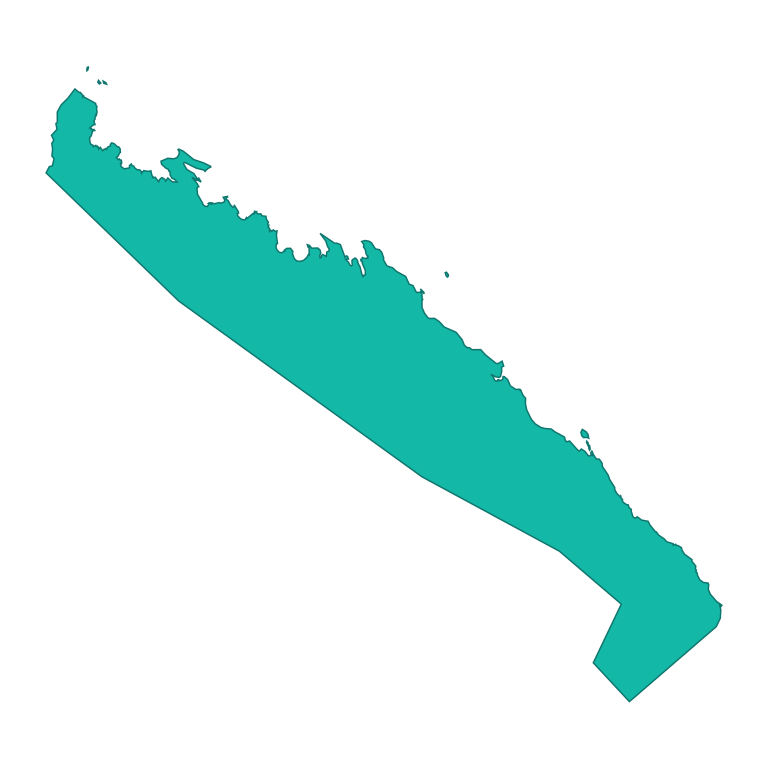 outline of Marigne-Kokota, Isabel, Solomon Islands
{"feature_id": "97153195B92946274587204", "entity_name": "Marigne-Kokota", "entity_type": "district", "adm_level": 2, "iso_a3": "SLB", "parent_name": "Solomon Islands", "parent_adm1": "Isabel", "projection": "equal_earth", "projection_center": [159.347, -8.097], "detail": "fine", "context": "isolated", "style": "filled", "palette": "teal", "viewbox_px": 768, "rotation_deg": 0, "n_neighbors": 0, "source": "geoboundaries", "source_scale": "gbopen_adm2", "svg_char_len": 6050}
<svg xmlns="http://www.w3.org/2000/svg" viewBox="0 0 768 768"><path d="M629.4,701.6L716.3,626.6L720.3,618.2L720.8,609.9L719.7,605.1L721.1,606.4L721.9,605.2L716.5,601.4L710.4,594.3L708.3,589.5L708.7,584.4L708.1,583.1L703.2,582.4L699.8,579.8L697.5,575.3L697.2,573.1L695.7,571.2L696.4,570.4L695.4,568.7L695.8,566.1L691.9,561.3L692.0,559.7L684.5,554.2L682.0,550.1L681.4,547.6L677.8,545.5L676.2,545.5L675.7,544.3L673.2,545.1L673.1,543.7L666.8,541.8L664.3,539.0L658.5,535.0L656.5,532.0L655.5,531.9L649.9,524.9L648.1,521.3L641.6,520.1L637.3,516.8L635.4,518.2L633.1,517.1L631.2,511.2L631.3,509.4L629.0,507.5L628.2,504.8L626.8,504.8L623.3,502.4L622.5,501.2L622.5,499.3L621.3,498.4L620.8,496.5L620.5,497.4L620.5,496.2L619.2,495.9L616.6,493.2L614.7,489.4L614.7,487.5L609.6,479.4L608.1,475.0L602.4,466.5L602.1,463.2L599.3,459.2L596.2,458.9L593.4,454.5L592.6,455.3L592.8,452.8L591.9,451.1L590.7,453.0L591.3,455.1L589.3,456.1L588.0,455.4L585.0,451.4L581.4,449.0L579.3,451.1L577.9,450.3L569.6,441.0L566.7,441.8L565.2,440.3L564.6,437.1L554.5,431.6L551.5,429.1L544.2,428.4L540.6,427.3L535.1,423.8L531.3,419.3L526.7,409.9L525.4,403.6L525.6,398.3L523.0,395.3L520.8,390.3L520.3,391.3L520.3,389.9L519.2,389.2L515.9,389.5L510.4,385.9L507.6,379.5L504.2,376.6L503.1,376.5L502.7,379.2L501.8,380.1L498.8,380.8L498.9,379.8L498.1,379.6L496.5,381.4L494.6,380.3L493.3,376.7L490.8,374.4L495.9,376.8L499.0,377.4L500.4,376.7L501.7,371.6L501.6,367.2L503.7,366.1L502.1,361.1L498.6,363.4L496.2,363.5L485.4,354.8L480.7,349.6L471.9,349.7L469.8,347.9L466.7,347.4L464.3,345.1L462.1,339.7L456.1,332.3L444.3,327.1L439.1,321.5L434.6,318.4L429.6,318.5L427.8,317.7L424.5,313.2L422.0,307.5L422.0,300.4L422.7,299.5L422.2,298.9L421.8,291.6L422.5,291.3L424.2,293.9L423.8,292.3L420.4,288.9L421.4,291.0L420.6,291.7L420.8,292.3L416.4,292.4L413.0,285.6L409.2,284.2L405.6,276.4L396.6,271.5L392.6,267.8L386.9,265.9L383.5,259.9L383.7,257.9L381.7,252.2L379.5,249.7L375.4,248.9L371.5,242.8L369.2,241.3L365.0,240.5L361.7,241.5L363.8,244.5L363.5,247.0L365.2,249.4L366.1,253.8L367.2,255.9L368.1,256.2L367.5,257.2L367.8,258.3L364.5,258.4L362.4,257.5L361.9,259.4L360.8,259.4L361.1,261.1L362.5,261.9L362.3,263.4L365.3,270.3L365.4,274.9L363.9,275.2L363.1,276.6L361.9,274.3L359.9,266.5L358.4,264.1L357.4,260.4L355.8,258.3L354.8,258.1L352.4,259.8L351.9,260.8L352.3,265.1L351.2,266.0L350.1,265.3L348.5,262.3L345.6,259.2L348.4,259.0L347.5,256.3L346.3,255.9L344.9,257.0L340.4,244.6L337.0,243.2L334.5,243.2L320.1,233.4L325.9,241.2L327.5,246.4L329.3,249.3L328.8,251.0L326.8,252.1L326.3,256.4L322.7,254.5L321.7,255.5L321.2,257.6L320.0,257.8L319.7,255.8L320.8,252.8L319.9,249.8L317.7,248.0L311.7,248.2L309.6,245.5L307.3,244.7L308.0,247.1L309.0,247.3L309.3,254.7L308.7,254.1L306.8,257.4L303.7,260.3L300.6,261.3L296.9,261.1L294.3,258.6L292.4,253.5L292.9,251.5L290.5,248.3L286.7,248.4L284.2,250.3L284.9,251.0L281.5,252.8L279.1,252.2L276.8,249.6L276.0,247.2L276.3,244.1L277.5,243.6L276.4,235.3L277.0,230.9L275.4,231.5L273.3,229.9L271.6,231.3L270.6,230.2L269.6,231.3L269.5,228.3L268.1,227.2L268.9,225.2L267.9,225.0L267.6,223.8L268.4,222.3L266.3,219.1L266.0,216.3L262.2,215.9L260.8,213.8L257.7,214.0L256.7,212.9L256.7,211.7L255.3,212.6L255.2,211.4L254.5,211.3L253.8,214.1L252.9,213.6L247.2,218.3L246.5,217.5L245.1,219.7L243.1,219.8L240.5,218.7L237.9,216.1L237.2,213.7L238.2,212.9L238.6,213.8L238.3,211.6L234.1,204.9L234.4,206.8L233.0,207.4L230.4,204.8L228.1,200.5L226.1,199.3L226.1,197.7L227.5,197.2L227.5,196.4L223.2,197.3L224.8,200.0L224.2,202.0L220.5,203.3L219.5,202.6L214.5,203.7L211.8,203.0L211.8,204.3L211.0,203.9L211.5,202.9L209.1,202.8L208.5,203.3L210.3,203.6L209.2,203.7L207.4,206.5L205.0,206.3L202.5,204.1L202.7,203.3L197.5,194.3L197.0,188.7L197.3,187.3L198.8,186.7L196.7,183.0L191.9,177.4L195.9,179.4L196.9,178.2L193.8,173.5L187.0,169.6L183.6,164.0L183.8,162.8L185.0,162.5L196.1,168.1L204.1,170.1L205.0,171.4L207.7,168.6L210.8,167.0L210.6,166.3L203.6,162.9L193.8,159.6L183.4,151.3L178.7,149.1L178.0,149.6L179.3,151.8L178.8,155.0L176.8,157.7L173.8,158.8L167.8,158.3L161.0,161.2L161.5,164.1L165.9,168.2L168.3,169.3L168.9,171.1L169.9,171.5L170.2,175.0L171.9,178.2L174.7,179.4L177.0,182.1L172.3,181.9L167.8,178.0L165.7,181.1L164.6,179.1L161.8,177.6L159.6,179.5L158.6,181.7L155.2,177.2L154.0,177.7L153.2,177.0L152.5,178.2L152.7,176.4L151.9,175.4L150.9,170.8L148.3,171.4L143.8,170.6L141.6,173.2L141.5,171.7L139.6,169.8L137.2,169.8L134.4,167.6L133.9,166.2L132.2,165.7L131.3,164.0L129.5,165.5L129.5,167.9L124.3,168.8L121.1,166.6L120.7,164.2L121.3,163.8L120.6,163.4L121.7,162.4L121.3,160.2L120.6,160.4L119.4,159.0L118.5,159.6L116.3,157.5L118.3,155.9L119.3,153.3L120.4,152.4L120.1,148.8L118.6,146.8L117.5,146.8L113.9,143.5L111.6,142.9L110.4,144.3L110.3,146.0L107.8,147.0L106.9,148.7L105.9,148.5L105.8,149.5L104.3,149.1L102.7,150.7L100.2,147.3L98.6,149.1L98.2,147.0L97.3,146.1L96.4,146.6L95.8,145.4L93.4,146.7L93.2,145.4L90.8,144.3L89.9,141.7L89.6,137.7L91.2,135.9L92.7,130.8L94.7,130.5L93.9,129.5L91.2,129.6L91.4,128.6L89.7,128.0L93.8,124.6L95.0,124.6L93.9,121.0L95.1,119.0L95.0,117.0L96.2,115.7L95.7,114.5L96.5,114.6L97.0,112.0L96.5,107.8L97.0,106.7L95.7,104.6L95.6,103.4L83.6,96.8L83.8,95.4L82.9,96.6L83.0,95.6L80.3,92.4L79.1,92.4L74.9,89.0L67.9,98.2L61.3,104.7L57.3,112.0L57.3,122.3L55.9,123.6L57.0,129.3L51.5,135.3L53.8,140.1L51.8,143.4L52.6,149.2L51.9,156.0L54.1,158.7L52.2,166.1L49.4,166.5L46.1,172.9L178.8,301.1L422.1,476.9L559.4,551.2L621.3,604.1L593.3,662.8L629.4,701.6ZM588.7,438.2L588.0,434.4L586.1,431.8L582.3,429.4L580.9,432.4L581.9,435.9L583.6,437.6L587.0,437.4L588.7,438.2ZM448.4,274.8L446.5,272.2L445.2,272.7L446.0,275.5L447.2,277.1L448.2,276.4L448.4,274.8ZM590.2,449.3L589.7,445.8L587.9,444.1L588.2,443.1L586.8,441.2L586.5,442.3L588.7,447.0L589.1,449.2L589.7,450.2L590.2,449.3ZM201.1,182.0L198.7,178.1L196.3,179.9L195.6,179.6L196.1,180.2L198.1,180.3L201.1,182.0ZM100.8,83.0L98.5,80.4L97.8,82.2L99.3,84.0L100.8,83.0ZM106.6,84.2L105.9,82.7L103.2,81.1L103.8,83.3L106.6,84.2ZM87.9,69.9L88.4,67.1L88.0,66.4L88.3,67.3L87.5,67.2L86.9,68.6L86.9,70.7L87.9,69.9Z" fill="#14b8a6" stroke="#0f766e" stroke-width="1.5"/></svg>